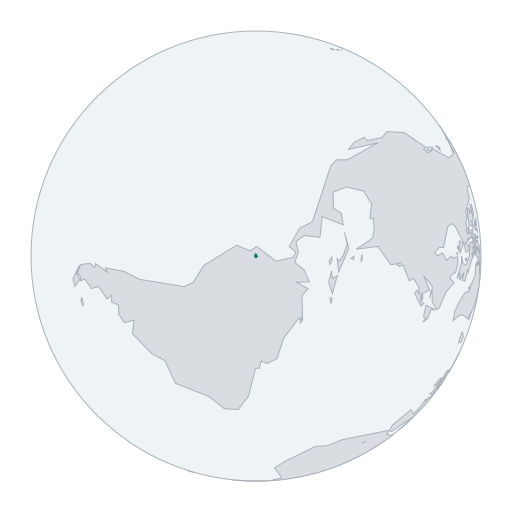 globe centered on Tungurahua, rotated 90°
{"feature_id": "ECU-1289", "entity_name": "Tungurahua", "entity_type": "Province", "adm_level": 1, "iso_a3": "ECU", "parent_name": "Ecuador", "parent_adm1": "", "projection": "orthographic", "projection_center": [-78.478, -1.245], "detail": "fine", "context": "on_globe", "style": "filled", "palette": "teal", "viewbox_px": 512, "rotation_deg": 90, "n_neighbors": 0, "source": "natural_earth", "source_scale": "10m", "svg_char_len": 7312}
<svg xmlns="http://www.w3.org/2000/svg" viewBox="0 0 512 512"><g transform="rotate(90 256 256)"><circle cx="256" cy="256" r="225" fill="#eef3f6" stroke="#a8b0b8"/><path d="M164.0,50.4L165.4,49.8L171.1,47.3L175.0,45.8L185.5,42.3L187.2,44.9L198.6,42.7L212.2,46.5L215.4,44.7L222.6,46.0L229.0,44.6L229.6,46.4L234.1,44.0L232.3,42.7L233.7,41.3L237.3,40.6L238.8,42.5L237.2,43.1L239.5,43.4L238.7,44.7L241.1,43.7L242.5,46.5L246.5,42.8L252.1,44.4L251.6,46.6L244.6,47.4L226.2,56.9L223.6,60.6L226.8,64.3L247.5,68.4L247.4,72.6L252.5,77.4L255.7,74.2L252.9,69.4L260.2,65.4L255.9,60.8L258.3,58.8L256.7,54.3L264.4,54.1L272.8,56.6L274.6,60.5L278.3,62.0L282.8,57.9L291.8,65.9L308.0,72.8L309.6,75.4L301.6,79.9L286.2,79.8L275.8,88.4L290.1,82.3L293.7,90.1L297.5,91.4L301.7,91.0L303.4,88.1L306.2,91.0L293.0,97.4L290.3,94.8L294.5,92.6L287.3,93.0L278.4,98.6L280.9,102.7L264.9,109.0L266.5,112.3L263.9,115.9L262.5,110.0L264.8,121.1L246.4,134.3L249.2,155.7L238.2,139.4L229.2,137.8L218.4,138.7L218.7,142.1L204.1,140.3L191.2,148.3L186.9,165.7L192.2,178.9L208.3,178.6L213.0,170.8L224.8,168.8L216.7,189.7L237.3,192.0L235.5,207.8L241.5,216.0L251.8,213.6L262.4,217.3L269.8,207.9L281.8,202.7L282.3,215.7L288.7,203.8L295.5,210.0L319.2,209.5L317.5,212.5L337.5,228.0L358.6,235.1L363.5,244.9L361.0,250.8L368.2,252.7L368.3,256.6L396.1,263.5L409.6,273.9L408.7,287.7L396.5,303.2L383.3,336.5L360.7,347.0L353.6,360.3L333.6,379.6L320.1,377.8L322.6,387.6L313.9,393.3L304.8,393.6L302.1,400.3L295.2,400.4L299.0,404.9L286.6,413.4L288.5,420.5L279.1,427.3L280.7,431.4L277.6,431.2L274.1,432.7L273.3,435.0L264.5,431.1L263.4,421.9L267.7,417.2L263.6,416.4L272.7,404.2L267.9,406.7L271.3,388.1L279.3,372.6L286.7,327.6L282.3,318.6L265.4,308.2L245.2,275.2L250.9,261.6L246.4,255.3L261.3,236.0L257.2,218.6L251.8,216.2L246.6,222.8L228.3,212.4L221.7,199.5L165.5,181.1L159.8,175.1L159.9,164.8L142.7,134.0L149.5,163.5L142.5,158.0L137.2,147.7L140.6,144.8L137.6,130.0L131.6,125.1L132.6,107.7L147.6,85.9L149.3,88.6L152.7,83.7L150.8,80.3L148.7,79.4L157.8,63.3L153.9,58.4L145.4,61.9L153.0,57.8L131.9,68.8L125.1,72.7L137.3,65.4L142.0,62.6L139.6,63.3L143.9,60.7L145.3,59.8L150.6,56.9L157.3,53.7L160.9,51.9L159.0,52.7L160.2,52.1L164.0,50.4ZM48.2,182.0L49.8,177.0L49.7,179.7L48.2,182.0ZM50.2,174.3L49.7,175.9L50.0,174.6L50.2,174.3ZM50.0,173.6L50.1,174.1L49.8,174.0L50.0,173.6ZM49.5,173.3L49.9,173.2L49.8,173.5L49.5,173.3ZM248.3,163.1L271.8,173.3L258.7,174.9L261.1,172.9L255.1,168.5L244.0,164.8L232.3,167.5L248.3,163.1ZM49.5,171.3L49.6,170.7L50.1,170.1L49.5,171.3ZM258.3,150.8L254.2,150.1L258.2,149.9L258.3,150.8ZM147.1,79.5L150.3,80.6L150.4,85.0L147.2,84.3L147.1,79.5ZM147.5,72.5L150.2,71.8L146.1,76.3L145.8,75.2L147.5,72.5ZM138.3,65.5L140.1,65.1L136.9,66.5L138.3,65.5ZM144.4,60.3L144.5,60.3L142.6,61.3L142.8,61.2L144.4,60.3ZM252.5,54.8L254.6,54.6L253.8,55.5L252.5,54.8ZM249.9,53.3L247.6,54.6L246.0,54.1L247.5,53.3L249.9,53.3ZM253.2,51.9L243.5,53.0L240.7,52.2L244.1,48.7L253.2,51.9ZM230.2,42.6L232.3,43.9L227.2,43.6L230.2,42.6ZM226.5,42.8L208.9,44.9L207.6,43.1L213.7,42.5L209.3,41.2L217.3,39.1L221.6,39.4L220.9,40.9L224.5,39.1L226.5,42.8ZM233.8,40.8L230.4,41.1L228.9,39.5L235.6,38.5L233.9,39.3L233.8,40.8ZM204.2,42.0L204.4,40.9L210.9,38.9L211.8,38.3L217.4,39.0L204.2,42.0ZM236.1,39.3L239.0,38.1L242.9,38.3L237.1,40.3L236.1,39.3ZM225.8,39.6L225.4,38.9L227.8,38.9L225.8,39.6ZM258.6,39.4L254.5,39.4L253.4,38.5L258.6,39.4ZM239.8,37.6L238.5,37.6L237.6,37.3L240.3,36.6L239.8,37.6ZM221.6,37.7L224.3,37.2L219.7,37.3L224.4,36.1L227.2,36.9L228.0,36.1L229.4,35.8L230.2,36.9L221.6,37.7ZM240.3,35.4L245.6,36.6L253.4,36.5L254.6,37.3L241.8,37.4L240.3,35.4ZM234.3,36.1L238.3,35.7L237.7,36.6L234.6,37.4L234.3,36.1ZM226.5,35.2L218.6,36.7L218.2,36.5L226.5,35.2ZM242.7,35.1L241.4,34.8L243.3,35.0L242.7,35.1ZM231.6,34.8L228.8,35.3L228.5,35.1L231.6,34.8ZM241.0,34.1L242.7,34.4L240.7,34.8L241.0,34.1ZM236.8,34.3L237.0,33.9L238.9,34.8L235.6,34.5L236.8,34.3ZM231.7,34.5L230.6,34.6L232.9,34.4L231.7,34.5ZM247.8,32.7L250.7,33.8L246.2,34.5L244.0,33.3L247.8,32.7ZM278.8,439.1L265.1,432.5L273.0,435.5L279.4,432.1L286.2,437.1L278.8,439.1ZM297.3,430.2L304.2,428.4L305.6,429.5L301.1,431.1L297.3,430.2ZM440.3,126.5L443.2,130.7L443.5,131.1L452.5,145.9L460.4,161.3L467.1,177.2L472.5,193.6L476.6,210.4L479.5,227.5L481.0,244.7L481.2,262.0L480.1,279.3L481.0,260.1L480.9,243.8L480.2,237.0L479.6,238.8L478.2,230.8L477.3,230.7L467.8,237.3L461.5,227.2L446.3,196.4L445.6,183.8L439.7,169.9L430.4,123.2L434.9,125.3L435.0,119.2L435.8,120.2L440.3,126.5ZM419.4,100.9L416.9,98.4L418.8,101.7L431.6,120.6L430.5,122.6L424.9,119.5L409.8,101.0L413.9,98.7L408.6,93.2L398.9,85.9L401.0,86.2L397.5,83.3L398.1,82.6L390.3,75.6L389.7,74.7L378.2,66.7L377.2,66.1L383.2,70.1L383.6,70.4L383.9,70.5L402.4,84.8L419.4,100.9ZM370.9,62.2L372.8,63.5L361.2,56.9L351.9,52.2L370.9,62.2ZM470.8,323.9L471.8,320.6L472.4,318.6L470.8,323.9ZM441.2,145.9L443.3,149.9L443.3,150.0L441.2,145.9ZM320.0,209.3L322.9,211.9L319.1,211.9L320.0,209.3ZM257.0,180.1L261.9,180.3L264.5,182.2L260.8,182.9L257.0,180.1ZM298.1,179.9L303.7,181.0L298.0,182.0L298.1,179.9ZM275.5,174.7L293.7,179.6L282.5,183.3L271.0,180.5L278.8,179.3L275.5,174.7ZM256.2,157.9L259.4,158.7L258.5,161.0L256.2,157.9ZM261.2,150.8L260.0,151.0L258.4,149.2L261.2,150.8ZM294.5,89.6L295.6,89.2L300.0,89.5L298.1,90.8L294.5,89.6ZM318.3,84.3L322.3,89.2L318.2,86.3L316.4,88.5L305.3,85.8L309.8,76.6L309.7,81.0L318.3,84.3ZM291.8,80.5L298.3,82.7L291.0,80.7L291.8,80.5ZM377.7,70.3L380.8,71.7L384.8,74.9L385.6,77.8L379.8,73.0L377.7,70.3ZM384.3,73.1L370.6,64.6L369.5,63.0L372.4,65.2L373.1,65.0L378.0,68.6L390.4,76.2L394.7,79.7L393.8,82.1L391.7,79.1L388.8,77.7L384.3,73.1ZM337.4,51.7L331.4,49.7L336.9,48.7L341.8,50.8L342.9,53.3L337.7,52.4L337.4,51.7ZM260.9,46.1L258.3,46.6L257.9,45.9L259.8,44.9L260.9,46.1ZM256.8,39.5L272.0,43.8L269.7,44.4L281.3,47.0L279.9,49.9L272.5,47.9L280.1,52.5L272.8,51.9L278.6,55.0L262.1,50.3L255.9,50.5L263.4,49.1L264.8,46.4L263.6,45.3L255.4,42.5L242.6,42.2L242.0,40.1L245.0,38.6L248.0,38.4L247.4,39.7L251.8,38.4L253.3,40.2L256.8,39.5ZM280.1,32.3L278.2,32.4L287.2,33.1L288.7,33.6L289.7,33.7L293.6,34.6L299.9,36.0L299.6,36.3L302.2,36.8L304.8,37.6L308.3,38.5L309.0,39.5L313.3,40.7L311.1,40.5L318.4,42.6L313.2,41.6L316.2,43.0L319.6,43.3L314.5,49.5L316.3,54.1L320.6,58.8L311.2,57.2L301.2,52.3L292.2,46.7L291.8,43.0L287.7,43.3L286.2,41.8L290.1,42.2L283.3,40.8L283.2,39.8L275.2,36.8L265.4,36.2L262.2,35.4L266.0,35.2L260.2,34.6L265.2,33.7L263.0,33.3L265.7,32.3L274.2,32.6L271.2,32.1L273.1,31.8L280.1,32.3ZM248.8,32.4L258.6,31.8L264.3,32.0L257.1,33.8L258.4,34.3L254.0,36.1L245.9,35.9L247.9,35.3L248.0,34.8L250.5,35.0L248.5,34.4L251.2,33.8L250.4,33.2L253.8,33.1L248.8,32.4ZM425.9,108.2L425.3,107.5L430.5,113.6L430.4,113.5L425.9,108.2ZM420.6,102.2L424.9,107.0L422.5,104.4L420.6,102.2Z" fill="#d9dde1" stroke="#a8b0b8" stroke-width="1"/><path d="M256.3,254.9L256.4,255.0L256.5,255.1L256.6,255.3L256.6,255.5L256.8,255.6L257.0,255.6L257.2,255.8L257.3,255.8L257.4,256.0L257.4,256.4L257.4,256.5L257.2,256.8L256.9,257.0L256.7,256.9L256.6,257.0L256.4,257.0L256.4,256.9L256.2,256.9L255.9,256.8L255.7,256.9L255.4,257.0L255.1,256.9L254.8,256.7L254.7,256.7L254.5,256.8L254.4,256.8L254.3,256.7L254.2,256.6L254.3,256.3L254.4,256.2L254.4,255.9L254.5,255.7L254.8,255.6L255.1,255.6L255.3,255.6L255.5,255.5L255.6,255.4L255.8,255.3L256.0,255.4L256.2,255.2L256.3,254.9Z" fill="#14b8a6" stroke="#0f766e" stroke-width="1.5"/></g></svg>